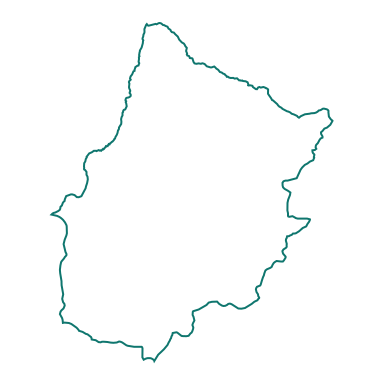 Pimampiro, Imbabura, Ecuador (orthographic projection)
{"feature_id": "8360857B7887344691779", "entity_name": "Pimampiro", "entity_type": "district", "adm_level": 2, "iso_a3": "ECU", "parent_name": "Ecuador", "parent_adm1": "Imbabura", "projection": "orthographic", "projection_center": [-77.94, 0.296], "detail": "fine", "context": "isolated", "style": "outline", "palette": "teal", "viewbox_px": 384, "rotation_deg": 0, "n_neighbors": 0, "source": "geoboundaries", "source_scale": "gbopen_adm2", "svg_char_len": 5889}
<svg xmlns="http://www.w3.org/2000/svg" viewBox="0 0 384 384"><path d="M146.8,24.1L146.2,24.8L144.4,29.1L144.5,32.1L144.1,33.5L143.5,34.4L143.2,36.6L142.6,38.1L142.5,39.0L143.3,40.3L143.0,41.0L142.8,43.3L141.6,47.6L139.9,50.5L139.9,51.6L139.6,52.1L139.1,55.2L139.5,56.2L138.9,57.1L139.0,58.9L138.6,61.9L139.2,63.0L139.2,63.6L138.8,64.2L138.5,65.5L137.1,65.9L135.3,67.2L135.1,68.3L134.5,69.8L134.6,70.8L133.4,71.4L132.1,74.5L130.6,76.4L130.0,78.4L130.7,79.7L130.0,80.4L129.6,80.6L128.9,82.0L129.1,82.9L129.4,83.6L129.0,87.2L129.3,88.5L130.2,90.4L130.1,91.7L129.7,92.2L129.6,93.0L130.3,93.9L130.7,94.7L130.7,95.9L129.6,97.0L128.1,97.6L127.1,97.7L126.2,98.1L125.6,99.3L125.5,100.4L126.2,101.2L125.7,102.1L126.2,103.3L126.7,106.3L125.3,109.3L124.9,109.6L124.0,109.8L123.5,110.3L123.1,111.2L123.1,112.0L122.5,112.8L122.5,115.5L121.7,116.9L121.1,119.1L121.4,121.8L121.2,124.0L119.0,127.5L118.9,129.0L118.7,129.6L118.0,130.4L117.5,133.0L116.7,135.0L115.5,136.9L115.0,138.6L114.4,138.9L113.9,140.0L112.4,141.7L111.9,141.8L110.2,143.5L109.7,143.6L109.6,144.2L108.9,144.1L108.9,144.7L108.1,145.0L107.7,146.0L107.2,145.8L106.7,146.3L106.1,146.2L106.1,146.7L105.6,146.8L104.0,148.9L103.4,148.8L103.2,149.5L102.6,149.7L102.4,149.5L101.1,150.8L100.3,150.3L99.6,150.6L98.7,150.1L96.5,151.1L96.1,150.8L93.9,150.8L91.8,152.3L89.2,153.4L86.6,156.8L86.8,157.3L85.8,159.0L85.3,161.4L84.2,163.2L84.0,166.6L84.2,167.8L84.0,168.9L84.2,169.5L85.1,170.0L86.5,171.9L86.5,174.8L87.5,176.6L87.8,179.4L87.1,183.1L86.0,186.4L85.6,188.3L81.4,196.2L78.8,197.2L76.8,197.1L74.6,195.1L72.2,194.4L70.9,194.4L66.2,196.1L64.8,199.4L64.6,201.0L63.7,201.7L62.8,202.9L61.9,205.5L60.5,206.8L60.2,208.8L59.7,209.9L58.1,211.1L55.3,212.5L53.7,212.9L52.6,213.5L51.5,214.6L57.1,215.9L59.5,217.0L61.2,218.2L63.0,219.8L65.0,222.4L66.5,225.3L66.7,226.6L66.9,233.3L66.4,235.4L64.7,239.7L63.6,244.1L65.5,252.0L66.4,253.8L66.5,255.0L65.7,256.2L65.0,256.8L63.9,258.6L61.7,261.2L61.1,262.2L60.4,265.5L59.9,269.9L60.2,273.3L61.5,281.1L61.6,285.2L63.2,294.3L62.2,298.9L63.1,302.2L64.4,303.9L64.7,305.6L63.5,308.5L61.6,310.2L60.6,311.5L59.9,314.1L62.1,318.1L62.6,319.9L62.9,322.9L64.6,322.6L68.9,323.0L71.4,324.0L76.6,327.7L78.5,329.8L79.0,330.8L82.6,331.9L85.9,333.9L87.5,334.3L91.1,337.1L91.5,338.1L91.7,339.5L95.7,340.2L98.6,342.1L100.7,342.3L101.8,341.8L103.3,341.7L107.4,342.0L110.7,342.6L113.4,342.8L116.8,342.5L119.1,341.5L120.7,341.8L122.3,342.5L126.4,345.3L127.8,345.8L134.1,346.8L141.6,346.8L142.1,347.2L142.5,348.3L142.4,357.4L143.7,359.7L145.4,358.8L147.2,358.2L148.2,358.1L150.7,358.2L151.9,358.7L153.2,359.5L154.1,360.4L154.3,361.0L158.2,354.7L163.9,349.3L167.5,345.0L168.7,342.4L169.8,340.6L170.3,339.2L171.0,338.3L171.5,336.3L172.2,335.3L172.7,333.0L176.4,332.3L177.3,332.6L181.5,335.9L182.9,336.1L186.3,336.2L188.6,335.8L190.5,333.4L191.5,332.7L192.2,331.5L193.1,328.9L193.3,327.4L192.4,325.0L193.0,323.2L194.4,320.5L193.5,316.8L192.6,314.9L192.8,311.9L193.2,311.2L198.7,309.5L206.5,305.0L208.7,302.6L211.9,301.8L217.1,301.6L219.2,303.9L222.0,305.6L223.5,306.0L225.3,305.8L227.1,304.9L228.3,303.9L229.9,303.6L231.6,304.2L238.3,308.5L241.4,308.7L245.0,308.0L251.7,303.9L254.4,301.7L257.4,300.3L258.3,298.9L259.1,298.2L259.2,297.6L258.2,296.0L258.0,294.3L256.5,292.0L255.9,289.3L256.2,288.1L257.0,286.8L260.2,285.5L260.7,284.6L261.9,280.5L263.0,277.2L263.9,275.3L264.3,273.5L265.4,270.5L266.9,269.3L270.2,267.9L271.6,267.0L272.7,264.6L273.8,262.9L275.2,261.8L276.6,261.0L280.8,261.5L282.9,261.5L283.9,260.4L285.6,257.6L285.6,256.6L283.2,253.8L282.8,252.8L282.4,251.1L283.4,249.5L286.1,247.7L286.7,246.8L286.6,244.8L286.8,244.0L285.9,240.7L286.0,239.2L286.6,238.3L287.1,236.3L288.9,236.2L289.8,235.6L291.8,234.8L293.0,233.5L294.6,233.5L295.8,233.3L299.0,231.3L302.7,228.0L306.2,226.4L307.5,223.9L309.1,221.7L310.0,219.7L309.9,219.3L307.1,218.6L297.7,218.6L295.5,218.0L295.1,217.6L292.5,216.2L289.3,216.8L288.3,216.5L288.0,215.9L288.0,213.2L287.4,210.5L287.5,202.9L288.2,199.6L290.0,195.0L290.4,192.5L288.0,190.8L284.6,188.9L283.1,187.4L282.6,185.6L282.5,182.8L283.5,181.3L284.5,180.9L285.5,180.6L287.6,180.6L296.7,178.2L300.6,169.7L302.2,167.5L304.8,164.9L307.5,163.5L309.9,161.6L313.2,160.2L314.2,157.7L313.8,157.1L314.4,154.8L314.2,154.3L313.1,153.2L312.5,151.9L312.4,150.3L314.8,150.0L316.3,148.8L315.6,147.3L315.9,145.4L316.5,144.5L317.8,143.2L319.5,140.0L320.6,138.5L322.5,137.6L322.5,136.4L321.1,133.9L321.0,132.3L322.5,131.0L324.4,128.6L327.0,127.6L330.3,124.8L332.5,120.9L332.5,120.7L330.9,119.4L328.9,116.6L328.4,112.2L328.5,110.9L327.9,110.0L326.8,109.3L323.9,108.6L322.6,108.8L321.4,109.7L320.0,110.3L318.7,110.5L317.7,111.6L316.0,112.6L314.3,113.1L311.1,113.3L309.6,113.7L304.9,114.3L300.8,116.2L299.0,117.7L297.9,117.0L297.0,115.9L293.8,114.4L291.6,113.7L290.3,112.5L288.4,111.6L287.1,111.3L282.4,108.8L281.5,107.8L279.3,106.6L278.0,105.3L277.3,104.2L272.9,100.3L272.1,100.1L271.2,98.4L268.2,94.1L268.0,93.6L268.1,89.4L266.3,88.1L265.7,88.1L264.9,87.5L263.3,87.0L260.8,87.6L259.4,87.0L258.1,87.5L257.0,89.2L255.8,89.1L252.9,87.0L252.4,85.8L252.1,85.7L250.1,85.3L248.6,85.5L248.1,85.3L248.3,84.2L247.6,82.3L245.7,81.3L242.9,81.0L242.3,80.5L241.1,80.7L240.1,80.3L239.2,80.4L237.0,78.3L234.6,78.6L233.2,77.9L230.7,78.0L228.9,77.5L228.1,76.8L226.8,76.8L226.5,75.9L225.4,75.2L224.7,74.2L222.9,73.5L221.7,72.5L219.9,72.0L218.2,69.8L216.2,68.5L215.4,67.5L214.2,66.5L211.6,67.4L210.5,67.4L206.8,66.3L204.6,64.0L202.6,63.3L202.2,63.3L201.0,63.8L198.6,63.4L196.4,63.8L194.5,63.4L193.5,61.9L192.5,58.6L191.9,58.2L191.0,58.2L189.8,58.0L189.5,56.9L188.9,56.0L187.3,55.5L186.8,54.4L187.1,53.5L186.1,51.0L186.8,47.9L185.3,46.1L185.0,45.3L183.9,43.6L181.8,42.4L179.2,39.6L177.8,36.6L175.2,34.2L173.9,32.6L171.8,32.1L170.8,30.9L170.4,29.8L168.5,28.6L167.5,26.7L165.4,25.9L164.4,25.2L163.0,25.0L161.3,23.5L159.8,23.0L158.6,23.2L156.6,24.3L155.6,23.9L148.6,25.7L147.9,25.5L146.8,24.1Z" fill="none" stroke="#0f766e" stroke-width="2"/></svg>